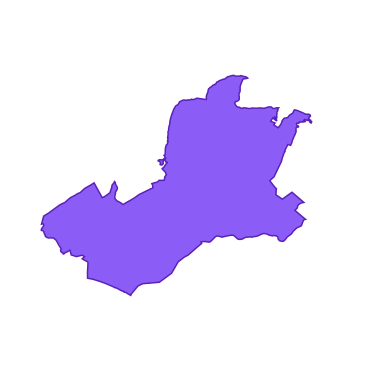 Dumbravesti, Prahova, Romania, rotated 34°
{"feature_id": "2599482B52367928700528", "entity_name": "Dumbravesti", "entity_type": "district", "adm_level": 2, "iso_a3": "ROU", "parent_name": "Romania", "parent_adm1": "Prahova", "projection": "mercator", "projection_center": [25.982, 45.089], "detail": "fine", "context": "isolated", "style": "filled", "palette": "violet", "viewbox_px": 384, "rotation_deg": 34, "n_neighbors": 0, "source": "geoboundaries", "source_scale": "gbopen_adm2", "svg_char_len": 5933}
<svg xmlns="http://www.w3.org/2000/svg" viewBox="0 0 384 384"><g transform="rotate(34 192 192)"><path d="M195.2,312.3L199.0,312.0L198.7,310.3L199.8,300.1L202.4,295.6L215.4,285.1L220.5,270.7L219.6,257.9L219.7,257.3L222.2,249.8L224.0,246.7L227.4,233.9L228.8,229.2L227.3,228.4L228.3,227.3L230.8,225.6L233.7,224.3L234.8,223.4L235.0,222.8L235.5,220.8L236.3,216.5L236.8,215.3L237.5,214.3L239.7,213.4L242.1,212.7L244.2,210.3L248.0,206.5L249.0,205.6L250.4,204.9L251.3,204.7L256.1,205.4L257.6,204.9L258.4,204.4L260.0,202.9L261.3,200.4L262.4,198.9L263.6,198.2L265.2,196.7L266.7,196.0L267.3,195.6L268.1,194.5L269.7,193.2L271.2,191.5L273.6,187.4L275.0,186.1L277.9,184.8L279.9,184.7L282.4,183.7L283.4,183.3L284.3,182.2L286.6,181.2L288.3,181.3L290.0,183.0L292.0,183.4L294.0,182.7L295.3,181.7L295.5,181.2L295.9,179.7L296.1,176.1L296.3,175.3L297.3,172.9L297.6,171.7L297.9,171.0L297.9,167.8L298.5,165.3L298.9,163.2L300.7,160.4L301.5,158.9L301.5,158.3L300.9,156.3L300.3,153.4L300.4,152.4L300.9,151.6L301.4,151.2L287.6,149.7L288.2,146.6L288.2,146.1L287.5,144.9L287.4,142.8L287.8,141.8L288.7,140.1L290.6,138.1L275.0,136.3L270.9,147.4L263.3,147.4L263.1,147.3L260.5,142.9L260.2,142.1L257.2,141.5L250.1,139.1L251.5,133.5L251.3,132.1L249.0,116.5L247.8,113.2L247.1,110.3L246.7,109.4L246.4,106.2L245.9,106.3L244.9,99.0L247.6,98.2L247.3,95.9L246.2,92.4L246.1,91.1L245.7,89.9L245.2,86.4L244.4,83.3L243.9,83.2L243.6,82.8L243.3,81.9L242.6,81.1L242.5,80.5L242.3,80.1L242.3,79.9L242.9,79.6L242.7,78.9L243.8,78.7L243.9,78.3L243.3,77.9L241.7,78.0L240.8,77.5L240.6,77.3L240.5,76.8L240.6,75.9L241.7,75.6L242.1,75.3L242.1,75.1L241.7,74.2L242.1,73.5L243.2,73.3L243.3,73.1L243.3,72.7L243.6,72.4L244.9,72.0L245.1,71.4L246.3,70.7L246.4,70.1L246.1,70.0L245.9,70.0L245.9,70.5L245.8,70.8L245.2,71.0L244.7,70.9L244.6,70.4L244.7,69.9L244.6,69.4L244.7,69.0L245.8,69.0L245.9,68.4L246.0,68.3L247.5,68.3L247.6,67.5L248.9,67.5L249.2,67.3L250.1,67.6L250.6,68.2L251.0,68.3L251.5,68.4L252.3,68.0L251.8,66.7L251.1,66.8L250.3,66.2L249.9,66.3L247.3,65.7L247.3,64.7L247.7,63.5L247.8,63.0L247.2,62.2L246.2,62.1L244.8,62.4L244.5,62.7L244.5,63.0L245.3,63.0L243.1,63.6L241.7,64.2L240.7,64.2L236.8,64.9L232.8,65.8L231.0,66.6L231.0,67.9L231.4,70.3L229.8,74.0L229.8,75.9L229.7,76.6L228.6,78.0L227.3,79.1L227.0,79.9L226.9,82.5L227.7,85.2L227.8,87.1L227.5,90.6L222.3,90.6L222.1,89.3L222.3,88.4L217.7,89.3L217.5,85.5L219.7,85.5L219.8,85.7L221.5,85.8L222.2,85.6L222.1,85.0L219.7,84.8L219.3,84.7L218.4,83.8L218.5,83.6L219.1,83.4L220.8,83.4L220.7,82.9L220.4,82.3L219.4,81.3L218.7,79.6L217.6,78.2L217.5,77.9L217.7,77.1L217.3,75.8L216.8,75.9L216.6,75.3L216.8,73.8L215.0,74.9L214.0,76.3L212.7,77.3L212.1,77.4L210.2,77.2L209.4,77.5L207.5,79.1L205.6,81.6L204.5,82.6L201.4,84.2L198.9,86.3L198.1,86.7L196.7,87.8L196.0,88.2L195.5,88.2L194.0,89.8L192.3,91.1L190.1,92.0L187.8,93.3L186.7,94.6L186.1,95.0L185.1,95.2L183.9,95.2L182.8,96.0L180.9,96.1L178.7,95.1L177.4,94.0L177.4,93.4L177.6,93.1L178.5,91.8L179.0,90.8L179.3,90.0L179.4,88.9L177.8,86.5L176.6,85.2L176.2,84.5L175.8,83.6L175.8,82.5L175.6,81.8L174.9,80.6L173.0,77.8L171.9,74.1L171.7,72.6L171.2,70.1L171.6,69.3L173.9,67.3L174.5,66.4L173.3,66.3L171.9,66.5L169.9,67.4L167.5,68.1L166.6,69.3L164.7,70.7L162.7,71.8L161.7,71.8L160.4,72.7L159.1,74.2L158.5,75.1L157.1,76.5L156.7,77.8L156.1,79.2L156.1,80.0L155.4,80.5L154.4,81.5L153.8,82.7L153.0,83.5L152.1,85.0L151.9,86.1L151.1,86.9L151.3,88.7L150.8,89.6L150.8,90.5L150.0,91.2L149.6,91.7L149.3,93.7L148.4,95.5L148.4,96.4L148.1,97.1L148.1,97.6L149.3,100.4L149.6,102.1L150.2,104.2L150.8,105.4L151.5,106.1L152.1,107.4L143.5,111.5L143.3,112.1L141.9,114.1L140.8,115.0L139.4,115.6L138.8,116.9L137.1,117.9L135.7,119.4L134.2,120.0L133.1,120.9L131.2,124.2L131.5,125.9L131.5,127.0L131.4,127.6L130.5,129.4L130.4,130.6L130.7,134.3L130.9,134.7L132.2,140.2L132.7,141.4L133.0,142.8L134.3,145.9L135.7,148.4L136.1,150.1L137.5,153.1L138.1,153.8L138.4,155.5L140.0,157.6L141.3,160.4L141.5,160.8L141.9,160.7L143.1,162.9L143.3,163.7L144.0,163.6L144.8,166.7L144.8,167.2L144.4,167.4L145.3,170.3L146.1,171.7L148.8,176.0L148.3,177.3L149.0,177.5L149.9,178.2L150.9,178.3L151.4,179.1L151.4,179.4L151.1,179.7L150.4,179.8L150.1,180.0L150.0,180.8L149.7,181.4L148.9,182.4L147.3,183.2L146.5,184.1L146.3,184.8L146.7,185.2L148.1,184.9L149.0,185.1L149.8,185.7L150.0,186.0L149.9,186.8L150.2,187.1L151.2,186.9L151.8,186.6L152.2,186.0L152.3,184.8L152.1,184.1L151.2,183.3L150.9,181.8L150.9,181.2L151.1,180.9L151.9,180.7L153.4,181.7L153.9,181.7L154.6,181.2L155.0,181.3L155.0,181.7L154.7,184.0L154.8,187.6L154.5,188.4L154.2,188.7L154.1,189.3L154.8,189.7L158.8,190.4L160.2,191.5L161.1,191.9L160.9,194.5L162.4,197.7L161.0,198.9L158.2,200.7L158.1,201.1L157.8,202.9L154.0,207.5L155.5,208.4L157.4,210.5L156.1,212.3L149.6,223.6L147.4,229.5L141.8,241.0L139.1,240.8L134.6,241.3L132.2,240.7L131.6,240.3L130.5,238.9L129.3,235.8L128.7,235.2L128.6,234.3L128.6,232.7L128.5,231.7L128.0,230.6L127.2,229.8L124.1,228.2L123.1,227.0L122.3,226.8L121.9,226.7L122.2,228.3L121.9,230.2L121.9,231.0L122.8,232.9L124.1,237.6L124.3,238.7L122.4,244.0L120.7,246.9L105.7,239.2L104.2,242.7L101.3,248.5L100.8,250.0L99.7,254.8L97.7,258.0L97.1,259.7L94.5,264.5L93.8,266.6L92.6,271.2L92.3,272.0L90.8,274.4L89.4,277.1L84.8,289.9L82.5,294.9L85.2,302.8L86.2,301.6L87.0,301.9L87.9,302.9L87.9,305.2L87.8,306.4L88.3,307.9L88.7,308.1L89.5,307.5L90.7,307.6L91.8,308.2L93.8,309.8L94.6,309.8L95.0,310.6L96.6,310.9L98.6,310.4L102.8,307.6L106.3,308.0L107.7,308.6L111.6,310.7L114.9,312.0L115.3,312.4L115.4,313.5L116.0,314.0L116.5,314.7L117.8,315.0L119.0,314.6L119.9,315.4L120.4,315.0L120.8,313.3L122.0,311.4L123.3,308.5L127.1,311.7L132.3,310.2L136.2,305.9L139.0,305.6L139.0,306.3L138.3,308.8L140.8,308.7L143.8,308.3L144.6,308.3L145.2,308.7L145.7,309.4L150.3,317.1L153.6,321.9L158.5,319.8L165.4,317.7L172.3,316.0L179.0,314.7L181.9,314.4L181.9,314.1L182.5,313.9L189.4,313.2L189.9,313.0L190.5,312.5L191.6,313.0L192.0,312.9L192.7,312.3L195.2,312.3Z" fill="#8b5cf6" stroke="#5b21b6" stroke-width="1.5"/></g></svg>